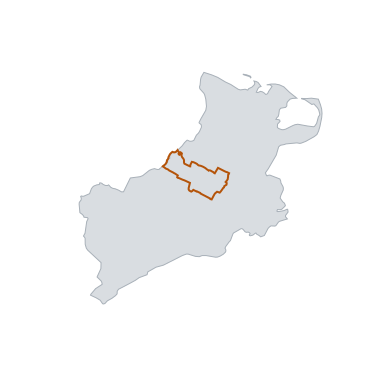 location of Ak Bugday, Ahal, Turkmenistan, rotated 117°
{"feature_id": "10190150B31923585689840", "entity_name": "Ak Bugday", "entity_type": "district", "adm_level": 2, "iso_a3": "TKM", "parent_name": "Turkmenistan", "parent_adm1": "Ahal", "projection": "mercator", "projection_center": [58.565, 38.864], "detail": "fine", "context": "in_parent", "style": "outline", "palette": "amber", "viewbox_px": 384, "rotation_deg": 117, "n_neighbors": 0, "source": "geoboundaries", "source_scale": "gbopen_adm2", "svg_char_len": 5732}
<svg xmlns="http://www.w3.org/2000/svg" viewBox="0 0 384 384"><g transform="rotate(117 192 192)"><path d="M120.9,133.7L136.7,134.6L141.6,135.3L143.6,133.0L143.5,132.4L142.7,131.9L141.6,130.3L140.5,119.6L141.9,118.0L143.5,116.9L145.8,113.5L147.0,112.4L148.8,111.6L154.8,111.3L157.4,110.7L159.5,106.8L160.0,104.5L161.6,102.7L162.5,102.7L166.7,104.2L167.5,105.1L168.9,107.9L170.4,107.7L170.7,107.3L170.5,106.6L169.3,104.8L166.8,101.6L164.3,99.6L164.0,98.9L166.2,97.3L170.5,98.0L171.6,97.4L172.7,94.8L178.4,100.7L179.5,101.3L184.0,102.0L184.8,102.8L186.3,106.2L187.9,107.1L189.8,107.7L197.9,107.8L200.4,110.1L200.8,110.6L200.3,112.2L200.2,115.2L199.5,116.4L200.0,116.9L202.8,118.2L204.5,120.1L204.7,121.0L204.2,121.5L202.8,121.3L202.2,122.1L202.2,123.7L203.2,125.2L203.4,126.5L202.1,129.6L202.0,130.9L202.5,131.7L209.7,136.4L210.9,136.5L217.9,135.7L219.2,136.2L225.3,137.2L227.0,137.1L228.2,135.6L229.3,135.0L230.4,134.9L233.3,135.9L236.4,137.9L238.4,139.7L239.4,141.4L242.2,150.5L244.1,154.2L246.3,156.1L247.8,159.7L249.1,167.3L249.9,168.9L253.2,171.9L270.2,184.3L275.3,189.9L283.2,195.1L286.1,194.5L292.3,200.2L296.3,202.3L301.3,205.7L312.0,213.3L314.3,213.6L316.8,212.5L319.1,213.1L323.1,215.1L327.4,218.0L331.0,219.0L332.1,220.3L332.1,221.0L330.1,224.7L329.8,229.4L330.0,235.6L329.0,235.7L321.8,234.0L315.0,230.1L313.4,231.4L312.5,232.6L310.8,238.0L301.6,238.4L296.2,241.0L291.2,258.4L290.1,260.6L287.1,263.4L281.8,266.2L281.0,267.3L280.8,268.3L280.2,268.7L277.3,268.6L266.1,272.4L263.7,272.4L262.7,272.7L262.3,273.4L263.5,276.8L262.5,277.8L261.8,279.5L261.3,282.5L254.0,287.1L252.4,287.7L249.5,287.2L248.0,287.7L246.4,289.2L245.7,288.7L245.4,287.2L244.6,286.3L240.0,282.5L234.8,283.1L232.8,282.8L231.3,282.2L228.9,280.1L227.4,278.0L225.7,278.3L225.3,277.3L225.2,276.2L225.6,274.8L225.5,272.2L224.6,270.3L223.5,269.5L224.7,266.5L224.7,264.3L224.0,261.8L223.7,258.3L223.9,254.9L222.9,253.1L207.5,253.3L201.9,245.2L199.7,243.3L192.0,239.8L189.9,238.0L188.2,236.0L187.7,233.2L186.8,231.6L185.6,231.3L179.6,228.1L177.2,227.2L173.9,228.0L172.0,227.1L169.7,228.4L168.7,228.5L166.2,227.7L163.2,224.7L160.7,223.6L155.3,221.7L151.5,221.1L148.2,220.0L147.9,219.6L147.8,217.1L147.3,216.0L146.4,214.8L145.1,213.8L139.4,213.9L136.7,213.0L134.7,212.8L130.1,213.0L128.7,213.7L127.8,214.5L127.3,216.9L126.8,217.3L122.4,217.3L113.0,216.8L109.1,218.0L103.1,221.8L99.6,224.9L98.6,226.3L96.5,231.8L95.6,232.6L94.4,233.2L93.2,233.3L87.7,235.5L85.5,236.0L80.0,235.7L78.7,227.6L78.2,221.1L78.8,212.1L78.6,206.3L79.5,197.4L79.1,195.3L76.3,191.3L75.9,188.6L74.2,188.4L71.3,186.2L68.6,185.3L67.2,185.2L65.9,185.9L65.0,187.2L64.4,185.1L64.4,182.9L66.6,178.4L68.0,179.7L69.6,180.2L73.9,180.0L73.5,178.4L71.3,176.8L70.8,174.8L71.0,172.6L71.6,170.6L70.9,169.8L69.9,169.3L67.6,169.4L61.7,168.6L61.0,171.0L62.6,174.1L59.9,170.5L58.0,166.9L56.8,162.6L56.6,157.9L58.9,150.4L60.8,141.2L63.1,145.1L64.8,146.8L68.5,147.9L70.3,147.6L72.2,146.6L74.1,147.0L77.1,151.0L79.2,151.4L83.5,149.9L85.6,149.5L87.4,150.2L89.2,150.2L88.4,148.4L88.1,146.5L89.2,145.6L92.6,146.6L95.3,145.5L95.8,145.1L96.1,143.5L95.7,140.3L95.1,139.0L93.5,137.1L87.4,132.6L85.3,130.8L83.6,128.5L80.8,119.2L78.7,113.3L77.9,112.6L74.3,112.1L67.6,113.5L65.2,113.2L64.1,113.9L61.3,116.4L60.0,118.5L58.2,123.4L59.6,125.0L58.5,133.2L59.2,136.7L58.9,136.9L56.9,132.6L54.2,128.2L51.9,121.6L55.9,117.2L59.3,114.1L63.0,111.8L66.9,110.2L75.5,107.8L80.3,106.9L84.1,106.8L87.1,108.2L95.2,113.6L98.7,116.7L99.7,117.9L100.6,120.8L106.5,130.1L107.9,131.4L110.2,134.4L112.4,135.3L120.9,133.7ZM64.1,199.0L63.9,200.2L62.8,196.6L62.3,192.6L63.0,191.5L63.7,191.6L63.0,193.0L64.1,199.0Z" fill="#d9dde1" stroke="#a8b0b8" stroke-width="1"/><path d="M179.9,167.1L178.8,166.7L177.0,166.4L175.6,166.2L174.5,166.1L174.4,166.1L173.8,165.8L173.4,165.6L172.1,165.9L170.8,165.1L169.9,164.6L169.2,164.8L168.3,165.1L168.2,165.2L168.2,165.3L168.0,165.7L168.0,165.9L167.8,166.6L167.0,166.4L166.0,166.1L164.2,166.0L163.1,166.5L162.4,166.6L162.1,166.8L161.8,166.9L161.3,167.1L160.3,167.6L160.2,167.6L159.6,167.4L158.4,167.5L158.4,167.8L158.4,168.1L158.4,168.7L158.4,169.2L158.4,169.7L158.6,170.5L158.7,172.0L158.7,175.8L158.7,178.0L158.7,178.7L158.7,179.8L165.0,180.2L165.0,180.9L164.6,182.2L164.6,183.5L164.6,183.8L164.5,184.8L164.6,185.8L165.2,187.2L165.3,187.2L165.2,187.6L165.1,188.8L164.6,191.0L164.5,193.1L164.5,194.0L164.7,196.1L165.3,198.3L165.0,199.6L164.7,200.4L164.7,200.8L164.7,202.9L164.8,204.3L164.9,204.7L165.1,205.3L165.2,205.8L168.5,205.8L168.7,205.7L169.5,205.4L170.0,205.2L170.1,205.4L170.2,211.6L169.7,212.2L169.5,212.4L168.5,213.0L168.1,213.1L167.5,213.5L167.2,213.6L166.1,215.0L165.8,215.9L165.7,216.1L165.3,216.8L165.1,217.1L163.9,218.2L163.8,218.3L163.3,218.3L163.1,218.3L162.4,218.4L162.1,218.8L161.9,219.6L161.9,220.3L162.8,220.2L163.7,219.7L164.5,220.0L164.5,220.8L164.0,221.4L162.7,221.4L161.9,222.9L161.8,223.1L161.2,223.9L162.1,224.1L163.9,224.7L164.9,226.0L165.1,227.7L167.2,228.5L168.4,228.8L171.8,228.8L172.2,228.5L173.8,228.4L174.7,228.7L175.9,228.5L176.3,228.2L178.1,228.2L179.2,228.3L180.7,228.9L182.1,229.6L182.4,229.7L182.6,228.4L182.8,226.8L183.0,226.2L182.9,224.9L182.8,223.8L183.1,222.4L183.2,222.0L183.2,221.8L183.2,217.7L183.3,216.8L183.3,215.4L183.5,213.8L183.7,212.2L183.8,212.2L185.6,211.9L185.8,210.9L185.5,209.8L185.4,207.5L185.3,205.9L185.1,204.6L185.0,203.1L184.9,200.4L184.8,198.0L189.4,196.9L190.0,196.8L191.3,196.1L191.9,195.1L192.0,194.0L192.0,193.2L192.0,192.9L191.8,192.8L191.4,192.5L191.2,192.3L189.5,191.8L189.5,187.9L189.3,187.7L189.2,187.7L189.2,186.1L189.1,184.6L189.1,184.2L189.5,183.7L189.6,173.1L189.6,172.8L190.0,172.4L189.8,171.7L189.7,171.1L184.8,171.0L183.0,170.9L180.4,169.8L180.2,168.6L180.0,167.1L179.9,167.1Z" fill="none" stroke="#b45309" stroke-width="2"/></g></svg>